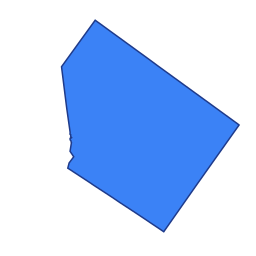 Beaver, Pennsylvania, United States of America, rotated 126°
{"feature_id": "52423323B75932740903659", "entity_name": "Beaver", "entity_type": "district", "adm_level": 2, "iso_a3": "USA", "parent_name": "United States of America", "parent_adm1": "Pennsylvania", "projection": "equal_earth", "projection_center": [-80.311, 40.666], "detail": "fine", "context": "isolated", "style": "filled", "palette": "blue", "viewbox_px": 256, "rotation_deg": 126, "n_neighbors": 0, "source": "geoboundaries", "source_scale": "gbopen_adm2", "svg_char_len": 606}
<svg xmlns="http://www.w3.org/2000/svg" viewBox="0 0 256 256"><g transform="rotate(126 128 128)"><path d="M190.9,38.1L131.4,39.1L60.3,39.9L60.3,40.5L60.2,41.0L60.2,63.7L60.2,68.0L60.2,141.0L60.1,151.7L60.1,164.2L60.1,178.7L60.1,198.6L60.1,217.9L117.2,217.8L117.5,217.8L147.6,189.6L165.5,172.3L167.1,171.3L167.1,170.4L167.8,170.0L168.5,169.1L169.1,169.1L169.1,168.0L170.7,168.6L171.6,167.8L172.0,166.4L172.8,165.8L173.0,165.2L180.9,161.2L183.2,155.0L190.9,155.1L195.9,153.1L194.5,124.3L194.6,124.1L193.4,100.4L193.1,90.9L192.1,69.9L190.9,38.1Z" fill="#3b82f6" stroke="#1e3a8a" stroke-width="1.5"/></g></svg>